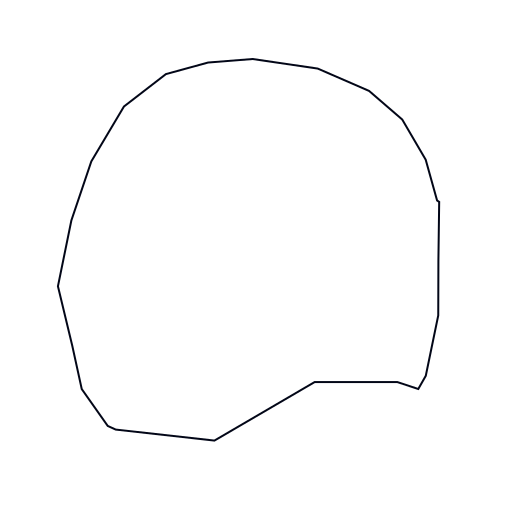 outline of Mongwalu, Orientale, Democratic Republic of the Congo, rotated 100°
{"feature_id": "63176286B9060730940258", "entity_name": "Mongwalu", "entity_type": "district", "adm_level": 2, "iso_a3": "COD", "parent_name": "Democratic Republic of the Congo", "parent_adm1": "Orientale", "projection": "mercator", "projection_center": [30.235, 1.818], "detail": "fine", "context": "isolated", "style": "outline", "palette": "ink", "viewbox_px": 512, "rotation_deg": 100, "n_neighbors": 0, "source": "geoboundaries", "source_scale": "gbopen_adm2", "svg_char_len": 453}
<svg xmlns="http://www.w3.org/2000/svg" viewBox="0 0 512 512"><g transform="rotate(100 256 256)"><path d="M253.0,444.0L320.2,445.8L376.2,421.4L417.3,404.5L449.1,372.5L451.3,364.0L445.0,264.9L370.0,176.4L355.6,95.0L358.8,73.1L344.5,68.0L282.9,66.2L228.7,75.6L170.9,85.0L169.9,87.3L131.7,105.6L96.2,135.7L73.8,173.3L60.7,227.8L62.6,293.6L73.8,336.8L92.5,376.3L131.7,412.0L191.4,434.6L253.0,444.0Z" fill="none" stroke="#020617" stroke-width="2"/></g></svg>